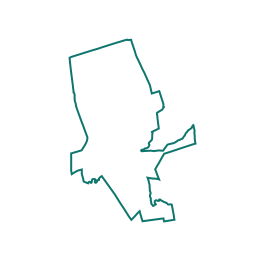 Bulbucata, Giurgiu, Romania (Mercator projection), rotated 119°
{"feature_id": "2599482B12854279400652", "entity_name": "Bulbucata", "entity_type": "district", "adm_level": 2, "iso_a3": "ROU", "parent_name": "Romania", "parent_adm1": "Giurgiu", "projection": "mercator", "projection_center": [25.811, 44.28], "detail": "fine", "context": "isolated", "style": "outline", "palette": "teal", "viewbox_px": 256, "rotation_deg": 119, "n_neighbors": 0, "source": "geoboundaries", "source_scale": "gbopen_adm2", "svg_char_len": 5487}
<svg xmlns="http://www.w3.org/2000/svg" viewBox="0 0 256 256"><g transform="rotate(119 128 128)"><path d="M80.6,118.5L86.3,123.9L79.8,129.7L78.1,132.1L71.9,140.3L69.6,143.8L65.8,148.9L64.4,150.9L63.7,151.9L63.3,152.3L62.1,154.3L61.5,155.0L60.4,156.4L59.1,157.7L58.0,158.8L56.5,160.4L54.8,162.3L54.1,163.0L52.6,164.7L49.6,167.9L49.4,168.0L49.6,168.6L50.3,169.5L51.2,170.8L51.2,171.0L51.2,171.7L51.3,171.8L52.4,172.9L54.6,175.1L56.8,177.2L58.8,179.2L61.5,181.8L62.9,183.1L66.4,186.4L69.3,189.2L71.4,191.1L73.6,193.1L74.8,194.3L77.4,196.9L93.5,212.2L93.8,212.4L94.8,213.1L95.1,213.1L95.6,212.6L96.9,211.8L100.9,209.0L105.8,205.5L108.1,203.8L117.5,196.9L121.4,194.1L121.6,193.9L122.8,193.2L122.7,193.1L124.9,190.7L125.3,190.5L126.2,190.1L127.1,189.6L127.6,189.3L128.0,189.0L129.0,188.3L129.6,188.1L130.0,187.7L131.8,185.8L132.5,185.2L133.9,184.1L134.4,183.8L135.0,183.0L137.8,179.9L145.3,171.3L147.9,168.1L149.1,166.8L155.9,158.9L158.8,157.7L162.2,157.4L166.4,157.5L166.6,157.6L169.9,157.7L170.1,157.8L170.3,158.0L177.8,165.4L182.4,162.8L192.9,157.0L195.6,154.8L192.5,153.1L189.8,151.4L186.7,148.3L190.0,146.4L190.3,146.4L190.9,145.8L195.1,141.7L195.4,141.7L195.8,141.4L196.2,140.7L196.3,140.1L195.7,136.1L195.2,136.2L194.4,136.1L193.9,135.8L193.6,135.5L193.6,135.1L193.8,134.6L194.0,134.1L193.9,133.7L193.7,133.5L193.4,133.4L193.1,133.4L192.5,133.7L190.9,134.2L190.4,134.3L190.0,134.2L189.7,133.9L189.2,133.2L188.9,132.5L188.8,131.9L189.2,131.4L189.6,131.3L190.4,131.3L191.0,131.0L191.5,130.6L191.7,130.1L191.5,129.8L191.1,129.3L190.5,129.1L189.9,129.2L189.2,129.5L188.7,129.6L188.3,129.3L188.1,129.0L187.9,128.4L187.7,128.2L187.3,128.2L187.0,128.4L186.5,128.8L186.0,128.9L185.4,128.7L184.4,128.4L182.8,127.6L183.0,127.3L192.9,106.4L193.2,106.1L194.8,103.1L196.6,99.9L200.6,92.3L203.0,87.8L204.5,85.2L206.6,80.8L206.7,80.5L205.7,80.3L202.2,79.3L199.0,78.6L196.9,78.1L195.1,77.5L195.2,77.4L195.4,77.2L196.2,76.5L198.0,74.7L199.1,73.5L199.6,73.1L201.0,71.7L201.5,71.1L202.3,70.3L202.5,70.1L189.9,53.2L192.2,51.2L190.3,48.7L187.2,44.8L186.0,43.3L185.7,42.9L184.8,43.7L184.6,43.9L184.1,44.3L183.6,44.6L182.5,45.5L182.1,45.7L181.1,46.5L173.8,52.6L173.9,53.0L174.0,53.4L174.1,53.7L174.2,53.9L174.7,54.5L175.0,55.1L175.2,55.4L175.4,55.7L175.4,56.1L175.3,56.4L175.3,56.5L175.1,57.1L175.0,57.6L174.9,58.1L174.8,58.5L174.9,58.9L175.0,59.2L175.1,59.6L175.2,60.1L175.2,60.3L175.2,60.5L175.3,60.8L175.2,61.1L175.2,61.5L175.3,62.7L175.3,63.2L175.3,63.6L175.2,64.0L175.1,64.4L175.0,64.9L175.0,65.2L175.0,65.4L175.1,65.6L175.4,65.9L175.7,66.0L175.8,66.0L176.3,65.6L176.5,65.5L176.9,65.9L177.2,66.3L177.3,66.7L177.3,67.3L177.4,67.7L177.4,68.0L177.5,68.2L177.6,68.4L177.8,68.6L178.5,69.0L179.0,69.1L179.7,68.8L180.3,68.4L180.6,68.2L180.8,67.8L181.1,67.0L181.3,66.7L183.9,68.1L183.9,68.4L183.9,68.6L183.7,68.8L183.4,69.6L183.3,69.9L183.2,70.1L183.2,70.4L183.1,70.5L182.9,70.8L182.4,71.3L181.9,71.5L181.3,72.1L180.6,72.6L180.1,73.2L179.6,73.4L179.2,73.5L178.8,73.7L178.2,74.3L177.7,75.1L177.2,75.6L177.0,75.8L176.3,76.1L175.7,76.3L175.2,76.3L174.4,76.5L173.9,76.7L173.7,76.9L173.2,77.4L172.3,78.4L171.8,78.8L171.1,79.2L170.3,79.7L169.7,80.2L169.3,80.4L168.7,80.6L168.3,80.9L167.6,81.4L166.6,82.2L165.2,83.5L164.4,84.2L163.3,85.2L163.3,85.3L162.0,86.8L161.8,86.2L160.9,83.6L160.2,81.9L159.8,81.0L159.4,80.3L159.2,79.8L158.8,79.0L158.6,78.5L158.5,78.0L158.3,77.4L158.1,77.1L158.0,76.7L157.9,75.9L157.3,76.6L157.1,76.9L155.7,78.6L150.9,84.2L145.3,84.1L143.5,84.0L142.8,84.0L140.1,84.0L138.1,84.0L136.0,84.0L133.0,83.9L131.0,82.0L129.0,80.1L128.1,79.3L127.6,78.7L125.8,77.2L124.9,76.3L124.0,75.4L122.8,74.4L116.6,68.7L113.7,66.0L110.8,63.3L108.9,61.4L107.6,62.5L105.7,64.0L102.3,66.0L99.9,67.8L99.2,67.8L98.7,68.1L98.1,68.5L97.6,68.8L97.3,69.1L97.1,69.3L96.7,69.7L94.7,71.4L93.9,72.0L93.8,72.3L94.4,72.4L95.8,72.6L96.1,72.6L96.8,72.3L97.0,72.3L98.6,73.1L98.8,73.1L100.2,73.9L100.8,74.2L101.1,74.3L101.3,74.4L101.5,74.4L101.8,74.3L102.1,74.3L102.5,74.4L104.6,74.9L105.3,74.9L106.1,74.8L106.4,74.7L106.7,74.7L106.9,74.7L107.1,74.7L107.8,74.9L108.3,75.0L109.3,75.1L110.1,75.2L110.7,75.1L110.9,75.2L111.0,75.3L111.4,75.6L111.6,75.8L112.5,76.5L113.0,76.8L113.6,77.2L114.3,78.1L114.7,78.3L115.3,78.5L117.8,79.8L118.6,80.4L119.4,81.0L119.7,81.4L121.2,83.1L122.5,84.5L122.9,84.9L123.4,85.3L124.0,85.5L125.6,85.7L126.2,85.8L127.4,85.9L128.3,86.0L129.1,86.1L130.3,86.2L130.6,86.3L130.8,86.4L131.0,86.5L131.5,87.6L131.8,88.1L131.9,88.4L132.2,89.2L132.5,89.8L132.7,90.2L134.2,92.2L135.1,93.5L135.7,94.1L136.0,95.1L136.3,95.9L136.6,96.7L136.7,96.9L137.5,98.2L139.1,100.8L140.1,102.4L141.0,103.7L141.6,104.6L141.6,105.2L141.5,105.5L140.9,105.6L140.4,105.3L140.1,105.1L139.9,104.8L139.8,104.6L139.8,104.4L139.8,104.2L139.7,103.7L139.0,103.5L138.2,103.6L137.8,103.4L137.5,103.0L137.0,102.3L136.6,101.9L136.1,101.5L135.1,101.0L134.8,101.0L134.2,100.9L133.1,100.9L132.6,101.0L132.3,101.3L131.8,102.0L131.4,102.4L130.9,102.5L130.5,102.4L129.9,102.3L129.2,102.1L128.6,101.9L128.0,101.7L127.2,101.5L126.4,101.5L125.2,101.9L124.7,102.1L124.4,102.3L124.1,102.5L123.8,102.7L123.5,102.8L123.1,103.0L122.8,103.2L122.6,103.3L121.8,103.6L121.2,103.9L120.3,104.2L120.4,104.5L119.8,105.2L113.6,100.8L111.5,102.3L108.8,104.3L104.5,107.4L102.9,108.5L102.2,109.0L101.2,109.8L100.9,110.0L100.7,109.9L100.4,109.8L100.0,109.6L99.2,109.2L98.1,108.6L97.3,108.1L96.6,107.7L95.9,107.3L95.6,107.1L95.3,107.0L94.8,106.9L94.4,106.9L93.7,107.0L92.9,106.9L92.2,106.7L91.7,107.8L90.0,108.5L80.6,118.5Z" fill="none" stroke="#0f766e" stroke-width="2"/></g></svg>